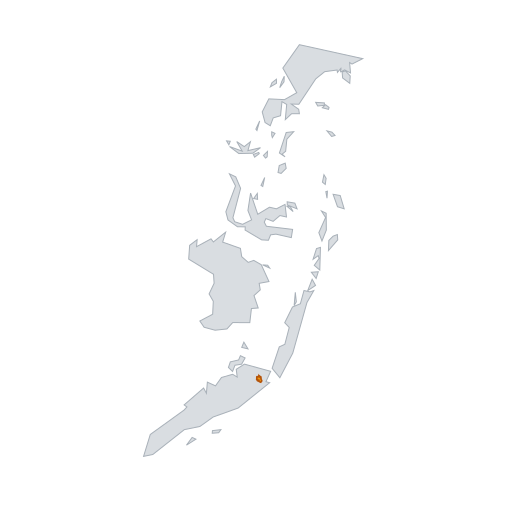 Lampung Utara, Lampung, Indonesia (highlighted), rotated 279°
{"feature_id": "22746128B16659764843822", "entity_name": "Lampung Utara", "entity_type": "district", "adm_level": 2, "iso_a3": "IDN", "parent_name": "Indonesia", "parent_adm1": "Lampung", "projection": "orthographic", "projection_center": [104.757, -4.808], "detail": "fine", "context": "in_parent", "style": "filled", "palette": "amber", "viewbox_px": 512, "rotation_deg": 279, "n_neighbors": 0, "source": "geoboundaries", "source_scale": "gbopen_adm2", "svg_char_len": 5206}
<svg xmlns="http://www.w3.org/2000/svg" viewBox="0 0 512 512"><g transform="rotate(279 256 256)"><path d="M183.0,210.7L191.7,222.3L204.6,220.9L211.2,215.6L222.5,218.9L231.3,216.9L242.4,190.0L256.2,188.8L262.9,195.3L255.9,195.8L265.9,208.9L263.2,211.7L274.8,222.3L264.5,220.9L261.1,239.4L253.1,242.0L248.5,249.3L251.3,254.5L248.2,262.6L232.8,272.8L229.5,263.4L223.2,265.5L216.6,260.2L205.0,266.3L203.4,259.7L189.2,260.3L186.6,243.4L179.4,238.7L176.3,227.2L177.5,215.9L183.0,210.7ZM40.5,176.3L63.2,179.5L92.5,209.0L96.1,211.4L97.7,208.3L117.4,224.9L112.6,228.5L123.8,227.7L121.4,236.3L130.6,240.9L135.5,251.4L133.5,256.4L141.0,254.2L147.4,261.5L144.4,288.5L133.4,285.5L133.0,289.3L103.0,262.1L90.3,238.9L78.9,227.3L73.3,212.4L43.8,185.1L40.5,176.3ZM471.5,265.8L467.6,330.5L460.6,320.8L461.7,318.2L451.6,320.7L453.7,314.4L451.1,310.9L452.1,310.4L453.7,310.8L454.7,310.5L450.1,307.7L452.4,307.0L448.8,295.0L440.3,287.3L412.6,274.6L411.6,267.0L407.6,275.2L403.3,276.6L402.1,268.9L395.3,263.6L410.5,262.6L412.5,257.5L398.4,258.3L395.1,251.4L386.9,249.7L389.2,244.1L399.3,239.6L413.2,244.1L414.9,259.7L423.7,270.7L445.8,253.1L471.5,265.8ZM331.0,223.6L320.4,230.2L290.2,227.2L286.5,229.6L285.2,237.8L291.0,246.0L299.7,240.9L317.3,240.8L297.5,251.2L306.3,261.7L305.8,268.8L311.5,276.6L299.3,280.0L299.7,273.3L292.9,267.5L294.5,259.9L290.7,258.9L287.0,261.6L288.0,288.0L279.7,288.0L280.7,272.3L279.2,267.1L273.5,265.8L272.8,259.1L279.9,241.2L283.1,240.8L282.0,233.1L287.2,222.7L295.0,219.3L322.0,224.8L333.0,216.9L331.0,223.6ZM147.6,289.5L169.9,293.2L173.3,298.3L190.6,300.0L194.6,294.8L211.3,300.0L215.8,307.3L229.4,308.8L229.0,314.9L230.9,318.5L218.0,313.6L165.8,307.5L139.5,298.6L147.6,289.5ZM357.4,226.0L366.0,219.1L362.2,227.3L368.0,232.6L358.8,231.5L363.7,243.5L357.0,236.8L354.5,223.0L360.0,212.7L357.4,226.0ZM361.4,263.0L382.7,266.5L384.7,273.8L376.2,268.2L364.1,268.9L360.7,265.9L358.5,269.2L361.4,263.0ZM309.2,318.6L292.6,321.4L281.1,318.8L288.9,314.4L304.9,318.7L310.7,313.6L309.2,318.6ZM261.7,312.9L272.8,314.6L274.6,318.3L252.1,321.2L255.9,315.0L263.5,318.7L266.1,317.4L261.7,312.9ZM329.0,322.5L328.9,329.7L316.4,335.7L317.4,328.8L329.0,322.5ZM147.4,247.2L150.6,255.1L155.1,256.2L153.6,261.2L146.9,258.7L144.8,252.3L138.3,250.9L141.6,246.2L147.4,247.2ZM448.6,320.9L441.2,321.6L445.4,313.7L451.2,312.3L452.8,315.4L448.6,320.9ZM282.8,325.5L287.7,329.1L289.9,333.0L284.7,334.2L272.7,326.7L282.8,325.5ZM349.0,264.8L352.3,270.3L347.3,272.1L341.5,267.9L341.9,264.7L349.0,264.8ZM229.9,312.5L241.8,315.1L236.3,319.4L229.9,312.5ZM248.6,313.2L250.2,320.0L243.2,318.9L248.6,313.2ZM169.0,257.5L163.0,262.6L163.5,256.2L169.0,257.5ZM417.1,290.9L417.9,299.6L415.5,299.9L413.8,293.5L417.1,290.9ZM226.3,300.5L217.0,303.0L213.1,301.4L226.3,300.5ZM314.4,278.3L314.3,286.1L309.0,289.2L311.3,278.9L314.4,278.3ZM58.3,216.9L66.8,221.3L65.7,225.3L58.3,216.9ZM79.0,248.5L75.6,246.8L74.1,240.5L76.7,240.3L79.0,248.5ZM387.4,315.2L385.9,312.0L390.7,306.5L390.2,311.6L387.4,315.2ZM381.3,236.0L390.0,238.5L380.1,237.3L381.3,236.0ZM326.5,249.9L334.9,252.3L325.7,251.8L326.5,249.9ZM310.3,282.0L305.7,285.7L309.9,278.9L310.3,282.0ZM425.3,243.7L429.7,244.7L433.8,248.5L429.8,249.2L425.3,243.7ZM346.9,310.4L343.7,313.1L337.5,313.2L339.3,310.1L346.9,310.4ZM416.3,301.0L414.2,304.9L412.2,304.7L412.8,298.3L416.3,301.0ZM361.1,251.0L355.7,251.5L354.2,250.1L356.5,247.6L361.1,251.0ZM426.0,253.1L432.2,254.1L438.0,255.8L432.4,256.4L426.0,253.1ZM312.4,244.7L318.0,247.5L312.2,248.7L312.4,244.7ZM365.3,212.6L361.6,211.8L365.1,208.9L365.3,212.6ZM324.2,317.1L330.5,314.9L331.2,316.4L324.2,317.1ZM381.1,252.1L380.1,255.6L375.5,253.6L377.8,252.6L381.1,252.1ZM248.7,269.0L246.2,271.4L248.3,263.9L248.7,269.0ZM355.9,237.5L358.7,242.5L357.6,243.2L353.4,239.2L355.9,237.5Z" fill="#d9dde1" stroke="#a8b0b8" stroke-width="1"/><path d="M132.8,280.9L132.9,281.0L133.0,281.1L133.3,281.2L133.5,281.1L133.8,281.2L134.0,281.0L134.2,280.9L134.3,280.9L134.5,280.8L134.6,280.7L134.8,280.7L134.8,280.8L134.8,280.7L134.9,280.4L135.0,280.4L135.2,280.2L135.3,280.2L135.5,280.1L135.8,280.1L135.6,280.2L135.5,280.3L135.8,280.2L136.0,280.2L136.0,279.9L136.2,279.7L136.2,279.8L136.2,279.7L136.3,279.6L136.5,279.5L136.8,279.5L137.0,279.8L137.3,279.8L137.4,279.7L137.5,279.7L137.4,279.7L137.5,279.6L137.5,279.4L137.5,279.1L137.8,278.7L138.0,278.5L138.1,278.3L138.2,278.0L138.2,277.9L138.2,277.7L138.3,277.6L138.2,277.6L137.8,277.5L137.8,277.4L137.7,277.4L137.5,277.2L137.4,277.1L137.1,276.9L137.0,277.0L137.0,276.9L137.0,276.7L136.9,276.5L137.0,276.4L136.9,276.3L136.9,276.2L136.9,275.9L136.7,275.9L136.7,275.7L136.4,275.7L136.2,275.7L136.1,275.8L135.9,275.8L135.7,275.8L135.6,276.0L135.4,276.0L135.2,276.0L134.8,276.2L134.7,276.1L134.4,276.0L134.4,275.9L134.2,275.9L134.0,276.0L134.0,276.3L133.9,276.4L133.8,276.5L133.7,276.5L133.4,276.7L133.5,276.8L133.4,276.8L133.3,277.0L133.2,277.0L133.1,277.3L133.3,277.3L133.3,277.5L133.2,277.5L133.3,277.7L133.4,277.8L133.5,277.9L133.4,277.9L133.4,278.0L133.3,278.3L133.2,278.6L132.8,278.6L132.6,278.6L132.6,278.8L132.5,279.0L132.4,279.1L132.3,279.3L132.2,279.5L132.1,279.8L132.0,280.0L132.0,280.3L132.0,280.5L132.3,280.6L132.5,280.5L132.8,280.7L132.8,280.8L132.8,280.9Z" fill="#f59e0b" stroke="#b45309" stroke-width="1.5"/></g></svg>